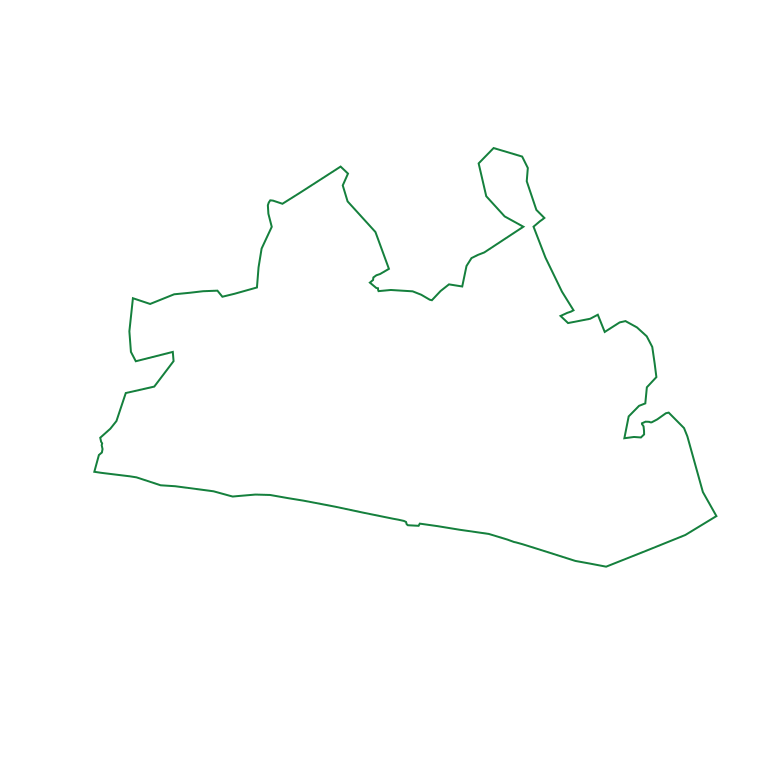 the district of Gada, Sokoto, Nigeria, rotated 169°
{"feature_id": "59680162B52281011363885", "entity_name": "Gada", "entity_type": "district", "adm_level": 2, "iso_a3": "NGA", "parent_name": "Nigeria", "parent_adm1": "Sokoto", "projection": "albers", "projection_center": [5.67, 13.685], "detail": "fine", "context": "isolated", "style": "outline", "palette": "green", "viewbox_px": 768, "rotation_deg": 169, "n_neighbors": 0, "source": "geoboundaries", "source_scale": "gbopen_adm2", "svg_char_len": 2105}
<svg xmlns="http://www.w3.org/2000/svg" viewBox="0 0 768 768"><g transform="rotate(169 384 384)"><path d="M685.1,353.1L679.2,351.0L676.8,350.2L652.1,342.2L651.7,342.1L644.8,339.6L622.6,327.2L608.5,323.5L571.8,311.2L556.5,303.6L554.0,302.4L548.1,301.8L531.3,300.0L517.0,296.8L499.8,290.2L485.4,284.9L455.4,272.9L429.5,261.9L401.0,250.1L395.9,248.1L390.6,245.8L388.7,244.4L388.5,242.0L387.5,240.8L377.1,238.2L375.5,240.1L358.4,234.2L337.3,226.4L329.8,223.8L309.7,216.8L292.5,207.7L286.5,204.1L284.6,203.3L278.8,200.4L266.2,193.6L229.9,173.8L216.3,168.5L200.8,162.3L153.1,171.3L117.0,178.3L85.1,190.1L82.9,190.9L91.6,217.1L96.2,274.7L97.9,283.5L110.0,301.6L112.9,301.5L122.6,297.1L128.6,295.3L129.7,295.5L131.0,296.3L134.4,297.1L136.6,296.6L138.3,296.2L138.4,295.4L137.3,292.9L137.7,288.3L138.3,284.9L142.0,282.5L148.7,284.3L158.4,284.9L150.0,305.5L137.8,313.9L131.2,315.1L126.6,330.6L115.3,338.8L114.4,352.5L113.6,369.2L117.0,380.7L124.9,391.3L135.0,399.7L140.9,399.5L157.4,393.0L160.9,411.2L169.2,408.7L191.7,408.7L197.7,417.1L191.2,418.7L190.4,418.9L189.4,419.0L186.6,419.4L183.9,420.2L185.5,424.4L191.7,440.7L201.4,477.3L207.2,509.9L199.9,514.0L197.0,515.3L194.9,516.4L201.2,525.8L205.2,555.8L201.6,568.6L205.0,580.9L231.4,594.7L249.0,582.5L247.8,548.8L233.6,525.5L217.2,511.8L260.5,494.0L267.2,492.8L274.1,490.9L280.5,484.1L288.6,464.8L301.2,469.4L310.7,464.5L321.0,457.1L323.0,458.0L330.4,464.5L338.2,469.5L359.4,475.0L371.6,476.2L371.8,477.3L371.8,478.0L371.6,479.1L373.2,479.7L378.5,486.2L374.9,488.2L374.1,490.6L370.7,492.2L366.9,492.7L357.2,496.1L363.4,534.8L384.9,570.2L386.6,586.8L379.2,597.4L385.1,605.7L429.9,587.8L449.3,580.3L458.0,585.2L460.6,586.0L462.5,584.1L463.9,581.6L465.0,573.2L464.2,559.7L478.3,540.3L484.9,522.4L490.3,503.0L513.4,501.1L526.0,500.5L529.7,507.4L543.9,509.6L557.1,510.6L572.9,512.1L598.3,507.2L614.1,516.1L623.9,484.3L626.3,463.8L623.3,453.7L585.2,455.8L586.2,446.6L610.0,425.3L639.2,424.4L653.7,398.7L661.2,392.3L672.8,385.4L672.7,381.3L672.0,379.5L672.8,377.8L672.7,373.8L674.0,370.6L677.4,368.7L685.1,353.1Z" fill="none" stroke="#15803d" stroke-width="2"/></g></svg>